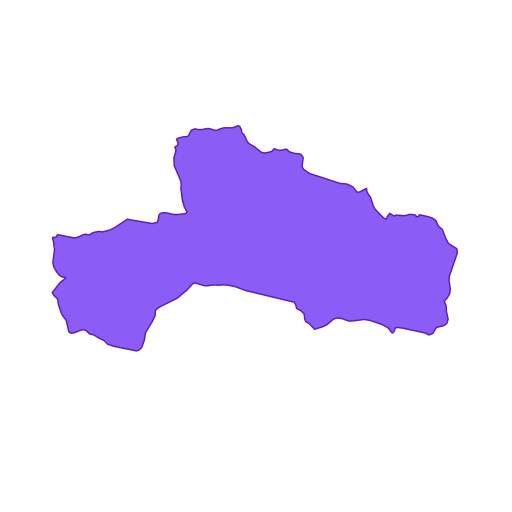 the Province of Takhar, rotated 104°
{"feature_id": "AFG-1765", "entity_name": "Takhar", "entity_type": "Province", "adm_level": 1, "iso_a3": "AFG", "parent_name": "Afghanistan", "parent_adm1": "", "projection": "robinson", "projection_center": [69.729, 36.705], "detail": "fine", "context": "isolated", "style": "filled", "palette": "violet", "viewbox_px": 512, "rotation_deg": 104, "n_neighbors": 0, "source": "natural_earth", "source_scale": "10m", "svg_char_len": 4021}
<svg xmlns="http://www.w3.org/2000/svg" viewBox="0 0 512 512"><g transform="rotate(104 256 256)"><path d="M270.9,54.3L275.2,54.5L278.2,57.0L279.9,60.5L281.9,63.7L285.8,65.0L288.1,65.5L289.1,66.6L289.8,68.1L290.8,69.0L289.8,73.5L290.5,96.4L291.0,100.7L291.7,103.1L292.7,103.4L294.3,103.5L295.9,103.9L297.4,104.6L297.7,105.2L297.3,106.0L296.4,107.0L294.3,109.7L293.4,111.5L292.0,117.2L290.9,129.8L291.4,135.7L295.6,146.4L296.4,149.2L296.6,151.6L296.0,156.6L296.2,161.0L297.2,163.7L298.7,165.7L305.6,170.7L308.5,174.2L312.9,181.4L308.5,188.4L307.8,191.7L307.0,192.4L305.5,193.4L300.5,195.3L297.9,199.7L297.8,200.9L297.5,202.9L297.0,203.8L296.0,204.5L294.5,205.2L292.2,207.0L291.4,208.0L291.6,209.7L292.0,258.0L290.8,267.7L291.0,275.8L291.9,281.0L293.2,284.4L294.2,289.8L296.5,295.6L297.1,297.9L297.3,300.0L296.8,307.9L297.4,309.6L298.2,310.7L305.5,314.6L315.9,322.2L328.7,337.1L331.4,339.4L333.4,340.5L337.2,339.6L338.5,339.5L344.7,340.8L356.6,344.5L357.9,344.6L364.8,344.0L371.2,344.6L373.2,345.2L374.7,346.1L375.5,346.8L377.0,349.0L378.0,372.3L377.5,378.6L375.4,381.8L374.9,382.8L374.5,384.1L373.8,387.9L371.9,394.1L371.8,396.0L371.9,398.0L371.7,399.1L370.2,401.3L369.2,403.3L369.2,405.0L369.7,406.8L370.6,408.4L374.5,413.8L375.6,416.5L375.3,418.2L374.4,419.5L365.0,424.2L364.0,425.0L360.5,429.3L358.5,431.1L350.5,436.1L346.3,437.8L345.7,438.3L345.1,439.0L343.9,441.3L343.2,442.4L342.5,443.2L340.7,444.8L329.2,439.7L324.1,435.7L322.9,435.5L322.8,436.2L323.2,437.9L323.1,439.9L322.0,442.4L320.2,444.9L317.7,447.5L315.4,449.6L311.2,451.6L298.6,453.0L291.0,456.0L287.9,457.7L287.2,457.7L286.8,457.3L286.7,455.8L286.5,455.2L286.1,454.8L285.7,454.5L283.3,453.7L282.4,436.6L281.6,434.7L280.2,432.6L277.5,429.2L276.4,427.5L276.0,425.9L276.2,424.3L276.1,423.9L275.9,423.3L275.4,422.5L274.8,421.8L273.3,420.5L272.3,419.0L270.4,414.9L270.0,413.8L270.0,413.1L270.0,412.0L269.8,411.3L269.5,410.3L266.3,404.3L262.4,399.7L251.5,389.8L249.6,364.5L247.4,360.2L244.9,359.6L240.3,360.0L239.6,359.9L238.9,359.7L238.2,359.3L237.5,358.5L236.7,357.1L236.1,355.1L235.7,351.7L235.7,347.3L235.4,345.0L234.8,342.4L231.8,334.3L229.9,333.7L225.5,337.6L219.7,340.9L208.6,345.2L205.8,345.6L202.8,346.4L200.3,347.9L188.3,357.1L180.6,359.4L174.1,359.1L172.6,359.4L171.3,360.0L170.6,360.6L170.1,361.0L169.6,360.9L169.2,360.5L168.3,359.3L167.4,358.8L165.9,358.8L165.0,359.2L164.0,359.8L162.6,361.0L162.0,361.3L161.3,360.9L160.4,359.9L158.8,357.1L157.9,355.0L156.8,351.9L156.1,350.9L155.0,350.3L152.7,350.0L149.6,349.1L147.4,346.1L147.3,342.5L146.9,340.8L146.2,338.5L144.5,335.2L143.8,332.9L143.7,329.9L144.0,327.7L143.9,325.7L143.3,324.0L141.6,322.0L139.4,318.2L137.4,310.2L135.5,307.1L134.0,305.0L134.0,304.0L134.1,303.3L137.0,300.7L139.2,299.8L140.0,299.3L140.4,298.8L140.6,298.3L140.8,297.7L141.2,297.1L141.7,296.5L146.9,292.4L147.7,291.4L148.4,290.3L149.0,288.8L150.4,283.9L153.9,276.4L154.2,274.5L154.0,272.5L151.9,268.0L150.7,266.1L150.2,265.6L149.7,265.2L149.3,265.1L148.4,265.0L147.8,264.6L147.5,263.8L147.9,261.8L147.9,260.2L147.7,258.4L147.0,256.3L145.4,253.5L145.2,253.1L145.1,252.2L145.2,251.5L145.4,251.0L146.6,249.6L146.9,248.1L147.1,243.4L146.4,238.9L146.6,237.4L146.7,236.6L149.2,234.0L157.6,233.0L158.1,232.8L158.8,232.5L160.8,230.1L163.0,223.9L165.2,193.0L165.1,191.1L164.6,188.2L164.3,186.1L164.3,184.0L165.6,178.9L166.0,178.1L169.4,173.7L169.3,172.3L169.1,171.3L164.1,165.7L163.8,165.0L164.4,164.8L166.6,164.1L168.6,162.3L171.5,159.0L178.9,154.4L181.9,151.6L188.2,141.4L188.8,138.6L185.4,137.9L182.3,136.5L183.8,131.7L182.3,129.7L181.1,122.1L179.6,118.8L178.6,117.3L178.1,115.4L177.8,113.3L177.7,111.2L178.0,110.6L178.5,110.4L178.9,110.1L179.0,108.9L178.4,107.9L176.7,107.5L176.4,106.7L176.2,98.3L176.6,94.2L177.7,90.7L178.7,89.5L181.3,87.7L182.7,86.4L183.4,85.3L184.6,82.7L185.2,81.6L193.3,75.9L197.3,72.2L200.4,62.9L204.1,61.4L228.9,63.5L233.0,62.8L240.7,59.6L245.2,59.0L246.7,59.2L250.7,60.4L252.1,61.3L254.0,62.3L255.9,61.4L257.8,59.8L259.6,59.0L263.3,58.0L270.9,54.3Z" fill="#8b5cf6" stroke="#5b21b6" stroke-width="1.5"/></g></svg>